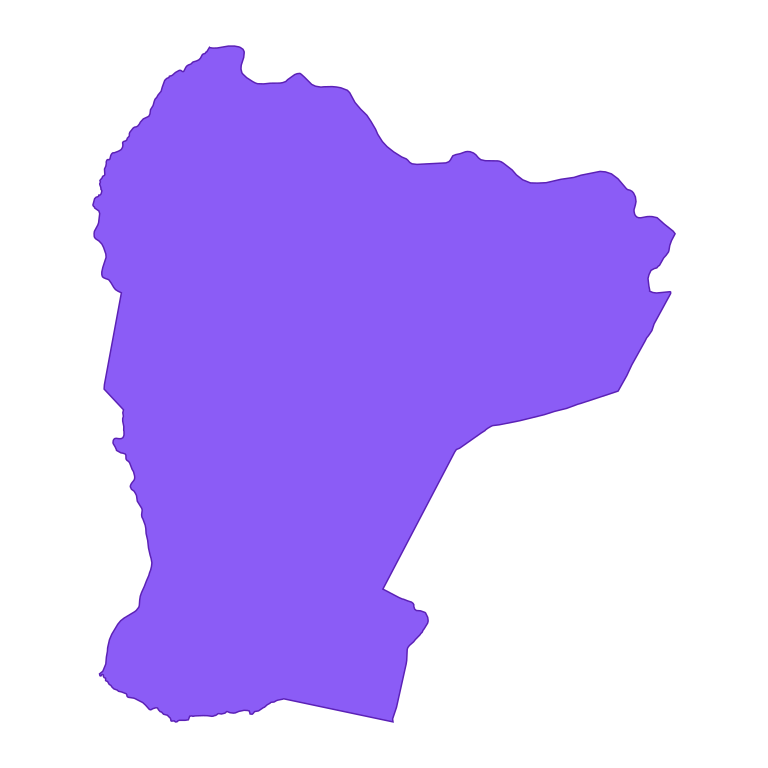 Tambara, Manica, Mozambique (orthographic projection)
{"feature_id": "85939544B86118750013731", "entity_name": "Tambara", "entity_type": "district", "adm_level": 2, "iso_a3": "MOZ", "parent_name": "Mozambique", "parent_adm1": "Manica", "projection": "orthographic", "projection_center": [34.041, -16.98], "detail": "fine", "context": "isolated", "style": "filled", "palette": "violet", "viewbox_px": 768, "rotation_deg": 0, "n_neighbors": 0, "source": "geoboundaries", "source_scale": "gbopen_adm2", "svg_char_len": 6021}
<svg xmlns="http://www.w3.org/2000/svg" viewBox="0 0 768 768"><path d="M675.1,233.8L673.2,231.2L664.4,224.2L657.1,217.7L652.2,216.6L649.7,216.5L647.2,216.6L640.7,217.8L638.5,217.7L636.8,217.0L635.5,215.7L634.7,214.3L634.1,211.7L634.0,209.8L635.4,204.8L636.0,201.6L635.4,196.9L633.6,193.1L632.1,191.4L630.0,190.2L627.6,189.6L626.4,188.7L618.0,178.8L611.5,173.9L605.5,171.9L600.1,171.4L581.0,175.2L574.0,177.4L560.9,179.3L546.2,182.7L537.5,183.1L530.4,182.9L522.7,179.8L516.4,174.9L512.2,170.0L504.2,163.8L502.3,162.4L501.8,162.4L501.4,161.9L499.1,161.1L497.5,160.9L485.2,160.7L480.8,159.7L478.4,157.8L475.9,154.8L473.5,153.0L470.1,151.7L467.4,151.5L465.4,151.8L460.1,153.7L455.8,154.6L452.8,155.8L450.2,160.3L448.9,161.7L445.9,162.9L416.9,164.4L412.0,163.8L409.7,162.4L407.9,160.3L406.3,158.9L401.8,157.0L393.7,151.9L387.0,146.6L382.4,141.6L377.7,134.2L375.6,129.3L370.9,121.3L366.9,115.3L360.7,109.2L355.0,102.5L349.7,92.7L347.4,90.3L340.9,87.8L336.5,87.0L332.1,86.6L323.8,86.8L320.9,87.1L315.5,86.2L311.7,84.4L304.5,77.2L301.3,74.3L299.9,73.4L297.1,73.7L294.7,74.6L287.7,79.6L285.8,81.5L282.8,82.6L279.9,83.1L270.4,83.2L263.6,83.9L257.4,83.7L255.4,83.0L252.9,81.7L246.7,77.7L242.9,74.1L241.9,72.8L241.0,69.1L241.1,66.7L241.3,65.0L243.7,57.5L244.2,52.7L244.1,51.5L243.0,49.3L240.4,47.5L238.9,46.9L234.6,46.1L228.2,46.1L217.1,48.0L213.0,48.1L210.0,47.7L209.5,47.3L206.7,51.9L206.2,51.9L205.0,53.5L203.2,54.0L202.3,54.7L200.5,58.1L199.5,59.2L198.7,59.9L196.4,61.0L193.0,62.0L190.8,64.1L188.3,65.0L186.7,66.1L185.8,67.3L183.9,71.1L183.2,71.6L182.4,71.5L180.8,70.4L179.7,70.3L178.8,70.6L175.4,72.5L172.5,75.1L171.5,75.7L169.4,76.2L168.9,77.5L166.6,78.5L164.7,80.4L162.3,87.0L161.1,91.3L158.1,94.9L156.7,97.4L155.1,99.1L154.3,101.1L153.1,105.5L150.5,109.7L150.0,113.8L149.0,116.0L147.8,116.8L143.3,118.9L140.3,122.2L139.4,124.0L137.7,126.1L136.4,126.8L134.4,127.2L133.1,128.1L129.8,132.3L129.3,133.9L129.4,135.2L129.1,136.3L127.3,138.2L126.8,139.9L125.6,140.9L123.8,141.4L122.9,142.1L122.6,142.9L122.9,144.9L122.6,147.1L121.6,149.0L120.6,150.0L118.4,151.2L114.5,152.7L112.7,152.9L111.8,153.7L111.2,154.6L110.7,155.7L109.9,159.0L108.9,159.8L108.0,159.5L107.2,159.8L106.6,160.7L106.2,162.0L106.3,163.5L105.8,166.2L104.5,169.0L104.8,174.6L104.4,175.4L102.6,176.4L102.2,177.7L100.1,180.2L99.9,180.7L100.4,182.0L99.7,183.8L99.8,184.6L100.8,187.4L101.0,189.5L101.7,190.4L101.8,191.0L101.2,193.6L100.6,194.5L99.9,195.1L98.8,195.1L98.6,196.1L97.8,196.7L96.1,197.2L94.6,198.7L92.9,205.0L93.5,206.3L94.4,207.0L94.7,208.0L98.9,211.0L99.7,213.6L98.6,222.7L97.8,225.0L94.4,231.3L94.1,233.5L94.2,236.3L94.6,237.5L95.7,238.8L99.0,241.0L101.9,244.1L103.6,247.5L105.8,253.9L106.1,257.3L102.8,267.4L101.8,272.0L101.8,274.5L102.1,275.7L102.5,276.8L103.6,277.7L105.9,278.7L108.0,279.4L109.0,280.0L111.2,283.1L113.8,287.5L115.5,289.6L118.0,291.2L121.4,292.8L104.4,384.7L104.1,389.1L123.5,409.8L122.8,412.8L123.4,416.3L122.7,418.5L122.7,421.1L123.8,426.6L123.7,430.3L124.0,431.5L124.0,434.8L123.8,435.8L122.9,437.7L121.3,438.6L119.1,438.7L116.1,438.3L114.7,438.6L114.0,439.2L113.3,440.3L113.0,442.5L113.2,443.6L115.2,447.0L116.5,449.9L116.5,450.4L121.0,452.9L122.6,453.1L125.1,453.9L125.9,455.1L126.0,458.9L126.9,460.3L128.6,461.5L129.6,462.8L132.1,469.3L133.5,471.7L134.6,476.0L134.7,477.9L134.4,479.4L133.7,480.6L132.2,482.4L131.2,483.9L130.5,485.4L130.3,486.8L131.5,489.3L134.1,491.2L135.5,493.5L136.5,495.6L137.3,501.2L141.7,508.3L142.2,510.0L141.6,514.9L141.9,517.0L143.0,519.2L145.2,525.2L145.8,528.5L146.1,533.5L147.7,540.5L148.5,548.0L150.1,555.1L151.1,558.5L151.9,562.8L151.5,566.4L150.6,570.1L149.6,572.6L148.8,575.5L146.4,581.0L144.3,586.5L141.6,592.4L140.3,596.1L139.7,600.0L139.3,605.5L138.8,607.2L136.3,610.4L134.7,611.7L124.3,617.9L120.7,620.7L117.8,624.2L111.8,634.2L109.5,639.6L108.1,645.6L107.6,648.0L107.4,651.4L106.4,656.9L105.8,664.0L103.0,670.8L102.6,671.4L99.5,673.9L99.7,674.5L99.8,675.3L100.2,675.9L101.0,675.9L101.9,674.6L102.7,674.5L103.4,675.0L103.4,676.4L104.1,677.6L105.6,678.2L105.6,680.5L106.2,681.0L107.5,681.4L109.2,684.4L110.9,685.4L112.0,687.1L113.9,688.9L117.0,690.0L118.6,691.3L121.4,691.9L126.1,693.7L126.7,694.4L127.0,696.1L127.5,696.8L128.3,697.3L133.6,698.1L134.8,698.5L142.8,702.6L145.6,705.2L149.3,709.4L150.5,709.8L151.6,709.5L152.5,708.8L155.7,707.8L156.8,707.8L157.6,708.1L158.4,709.7L160.2,711.7L161.5,712.0L163.5,714.2L167.6,715.3L168.3,716.3L170.2,718.0L170.9,719.8L170.9,720.7L171.6,721.1L174.2,720.9L175.4,721.9L176.3,721.9L177.3,721.6L178.0,720.8L179.3,720.3L185.2,720.3L188.4,719.8L189.7,716.2L191.7,715.9L192.9,716.3L195.1,715.9L203.2,715.6L207.5,715.7L211.8,716.3L212.9,716.2L214.0,715.9L214.4,715.5L215.3,715.5L216.4,715.0L218.0,713.7L218.9,713.6L221.4,714.0L224.3,713.3L225.2,713.0L226.6,711.6L227.4,711.6L230.0,712.7L233.4,713.1L235.3,712.9L238.9,711.4L244.1,710.3L247.6,710.5L249.3,711.0L250.1,714.0L252.2,714.2L253.0,713.6L254.6,711.6L258.5,710.9L263.4,707.6L264.5,707.2L267.3,704.7L269.9,703.3L271.0,702.3L274.1,702.0L276.5,700.6L278.0,700.1L282.6,699.2L283.7,698.8L393.0,721.9L392.6,718.9L396.5,707.3L406.2,663.8L406.7,660.5L407.2,649.5L407.8,647.6L409.5,645.4L413.6,641.8L415.4,639.5L420.1,634.7L420.7,633.7L422.2,632.2L423.0,630.3L424.1,628.9L427.6,623.2L428.1,621.3L428.1,620.2L427.7,617.3L425.6,613.0L424.9,612.4L420.5,610.8L416.4,610.5L414.7,609.2L413.8,606.4L413.8,604.6L413.0,603.3L411.5,602.1L407.5,600.8L403.5,599.2L402.6,599.1L399.1,597.6L382.9,589.1L454.8,451.8L456.4,449.5L459.6,448.2L481.2,433.0L485.1,430.5L485.4,430.0L487.7,428.3L490.9,426.4L492.6,425.6L499.2,424.8L519.9,420.7L544.2,414.7L554.5,411.4L566.6,408.4L577.9,404.2L580.5,403.5L618.1,391.1L626.8,375.6L631.8,364.9L645.1,341.0L646.7,337.8L648.4,335.8L651.9,330.6L654.1,323.9L670.5,293.8L670.7,293.2L670.6,292.0L670.1,291.7L656.5,293.0L652.8,292.5L649.6,291.1L649.7,290.0L648.9,286.1L648.0,278.5L649.0,274.6L651.0,270.4L654.2,268.6L656.8,267.9L658.5,265.9L659.4,265.5L663.7,257.9L666.1,255.3L668.4,252.1L668.9,250.7L669.8,245.4L671.5,240.6L675.1,233.8Z" fill="#8b5cf6" stroke="#5b21b6" stroke-width="1.5"/></svg>